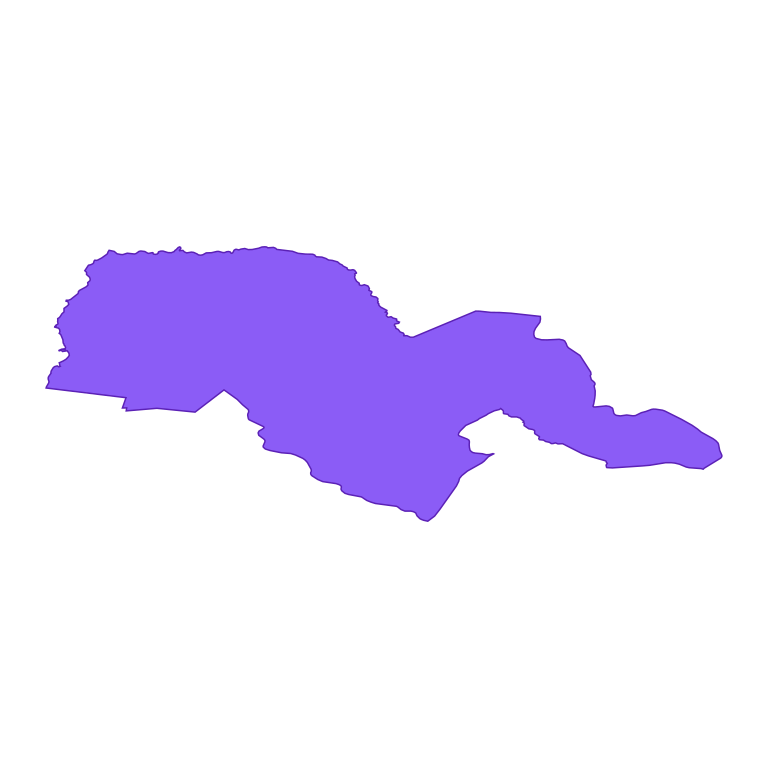 Blönduósbær, Norðurland vestra, Iceland (Natural Earth projection)
{"feature_id": "244011B97005072200428", "entity_name": "Blönduósbær", "entity_type": "district", "adm_level": 2, "iso_a3": "ISL", "parent_name": "Iceland", "parent_adm1": "Norðurland vestra", "projection": "natural_earth1", "projection_center": [-20.065, 65.651], "detail": "fine", "context": "isolated", "style": "filled", "palette": "violet", "viewbox_px": 768, "rotation_deg": 0, "n_neighbors": 0, "source": "geoboundaries", "source_scale": "gbopen_adm2", "svg_char_len": 6037}
<svg xmlns="http://www.w3.org/2000/svg" viewBox="0 0 768 768"><path d="M540.3,316.4L510.9,313.2L499.5,312.5L490.8,312.4L479.8,311.2L475.7,311.1L413.3,337.2L410.4,337.2L407.0,335.7L403.8,335.7L403.7,335.3L404.1,334.4L403.3,333.1L400.2,332.0L398.1,329.4L395.9,328.4L395.5,326.6L394.5,325.7L394.5,324.5L395.1,323.9L398.7,323.3L399.4,322.1L397.0,321.1L396.5,320.2L396.7,319.2L396.3,318.9L393.2,318.1L391.1,316.7L388.1,317.3L386.4,315.8L386.4,314.9L387.4,313.7L387.4,313.2L387.0,312.7L385.4,312.1L387.0,310.8L386.9,310.4L380.7,307.1L379.0,305.4L378.7,304.7L378.9,304.4L378.9,303.9L377.8,302.9L377.7,302.5L378.2,301.8L377.6,300.7L377.9,298.8L377.7,298.4L376.0,297.0L373.1,296.5L371.3,295.7L370.9,295.3L370.8,294.4L371.8,292.7L371.7,291.6L368.9,290.3L369.4,288.6L368.3,286.4L367.8,285.9L364.3,284.7L361.9,285.5L360.3,285.3L359.3,284.7L359.2,283.2L356.6,281.3L354.9,278.3L354.6,276.6L355.1,275.4L354.7,273.9L356.4,273.2L356.4,272.7L354.6,270.3L353.0,269.7L350.4,270.1L348.4,269.9L347.3,269.1L347.1,268.0L343.2,266.1L342.1,264.9L339.9,263.9L337.6,261.9L332.3,260.4L328.5,260.0L326.0,258.5L321.9,257.1L316.5,256.8L315.3,256.0L314.9,255.2L313.5,254.5L312.4,254.2L305.5,254.1L298.0,253.3L292.5,251.3L276.7,249.4L275.7,248.3L273.5,247.4L267.8,247.8L266.7,247.0L264.9,246.8L261.9,247.0L258.7,248.2L252.2,249.5L248.3,249.6L244.8,248.5L240.9,249.1L238.8,249.9L236.3,249.3L235.4,249.4L234.1,250.2L232.8,252.7L231.8,253.3L231.0,253.1L230.3,252.0L228.7,251.5L226.7,251.7L224.8,252.5L223.0,252.6L218.7,251.4L217.1,251.4L211.5,252.7L206.2,252.9L202.7,254.8L200.7,255.2L198.4,254.9L197.2,254.0L193.7,252.4L191.4,252.1L186.7,252.9L184.4,251.9L182.9,250.4L179.6,250.7L179.4,250.2L180.8,248.6L180.6,247.4L179.7,246.9L178.2,247.5L176.2,249.6L175.0,250.4L174.1,251.6L171.3,252.7L168.0,252.6L163.1,251.1L160.8,251.1L158.8,251.7L158.4,252.1L158.1,252.8L158.3,253.1L157.2,254.0L155.6,254.4L153.5,254.1L153.1,253.7L153.0,252.8L152.4,252.6L148.6,253.4L147.6,253.1L144.8,251.5L140.8,251.0L139.0,251.4L136.1,253.5L134.5,254.0L127.2,253.2L122.8,254.6L120.9,254.5L117.1,253.8L114.2,251.4L109.1,250.3L107.9,252.2L107.6,253.4L106.8,254.3L101.6,258.0L97.6,260.1L96.5,260.4L94.8,260.2L94.1,261.0L93.5,263.1L92.7,263.8L90.8,264.7L88.5,265.2L88.1,265.7L84.8,270.7L86.1,271.8L86.6,272.7L86.5,274.5L89.5,277.2L90.1,278.7L90.2,279.6L89.9,280.7L87.7,282.6L88.0,284.9L87.5,285.6L86.0,286.9L79.3,290.5L78.3,291.9L78.3,293.0L78.0,293.6L70.7,299.4L68.6,300.2L66.3,300.2L66.0,301.1L67.9,301.7L68.2,302.2L68.7,304.4L67.5,305.8L64.0,308.4L64.0,311.9L61.9,313.8L60.3,316.4L59.3,317.6L57.7,318.6L57.8,320.8L57.6,321.3L58.0,323.6L57.7,324.2L55.9,325.2L55.7,325.7L56.1,326.0L56.1,326.5L54.8,326.5L54.7,327.1L58.5,328.2L59.6,329.5L59.9,331.7L59.2,333.4L60.4,334.2L60.9,334.9L62.9,339.7L63.2,343.0L63.9,344.0L64.2,345.2L65.0,346.0L65.6,347.6L65.2,348.7L61.6,349.2L59.1,350.3L59.0,350.6L59.7,350.8L62.0,349.7L64.9,349.2L65.9,350.6L62.3,351.3L62.5,351.5L67.2,350.8L68.9,353.1L69.3,355.2L68.5,356.6L66.2,359.1L63.5,360.8L59.2,362.8L59.5,363.5L59.9,366.0L60.2,366.3L58.9,366.8L57.2,365.9L54.6,366.6L53.3,367.6L51.3,370.8L50.9,372.2L51.0,373.2L48.6,376.6L48.2,377.8L48.2,379.1L49.0,381.8L48.6,383.1L46.4,386.9L46.1,388.0L126.0,397.7L122.4,408.0L126.7,407.9L126.2,410.9L156.9,408.3L195.1,412.1L224.0,389.9L237.1,399.3L242.6,404.8L248.0,409.3L248.5,410.1L248.7,411.9L247.8,414.0L247.7,415.3L248.2,418.1L248.5,419.0L249.2,419.8L261.4,425.6L263.6,426.7L264.0,427.3L263.9,427.9L263.0,428.7L259.0,431.1L258.2,432.6L258.2,433.4L258.8,435.3L263.7,438.9L264.7,440.0L265.0,440.8L264.9,441.8L263.1,446.1L263.3,447.2L265.3,449.0L270.0,450.5L281.5,452.8L290.7,453.5L295.5,455.0L302.9,458.4L305.2,460.1L307.4,462.5L310.8,468.7L311.3,469.9L311.2,471.5L310.7,472.6L310.7,473.8L311.0,474.7L312.1,475.9L317.8,479.5L322.7,481.6L336.0,483.6L339.0,484.6L340.5,485.4L341.3,486.4L341.4,487.2L341.1,488.2L341.1,489.5L341.8,490.8L344.9,493.3L348.7,494.5L361.4,496.9L366.7,500.4L370.9,502.1L375.4,503.5L396.5,506.3L397.7,506.9L401.1,509.6L404.9,511.1L410.8,511.1L413.4,511.7L415.7,512.9L417.0,515.8L419.8,518.6L421.3,519.4L423.7,520.3L427.8,521.2L434.6,516.1L439.9,509.3L456.4,486.0L458.7,481.4L459.5,478.4L461.8,475.6L467.5,471.0L481.9,462.9L484.1,461.2L488.5,456.6L493.6,453.9L493.0,453.6L489.2,454.6L486.1,454.7L482.3,453.7L475.3,453.1L472.7,452.5L471.0,451.3L470.0,450.1L469.4,447.3L469.2,444.6L469.4,441.8L469.2,440.8L468.9,440.1L467.1,439.0L459.3,435.9L458.6,435.4L458.4,434.6L458.8,433.0L460.3,430.9L465.8,425.4L477.4,420.1L479.5,418.5L486.1,415.2L488.4,413.6L494.3,410.8L499.7,409.4L500.7,408.5L503.1,410.5L503.4,411.4L503.4,413.2L503.8,413.7L507.9,414.3L508.9,415.8L511.4,416.9L516.6,416.9L520.4,418.2L521.3,419.4L523.7,421.0L523.8,421.6L523.0,422.2L524.2,423.1L524.4,423.7L524.0,424.7L524.1,425.6L528.8,428.8L532.7,429.5L534.3,430.3L534.7,430.8L534.6,433.0L535.0,433.8L539.4,436.6L539.4,437.3L538.8,438.1L538.8,438.8L539.4,439.7L543.5,440.1L545.6,441.5L549.4,442.3L551.3,443.6L552.9,443.6L555.4,442.9L558.0,443.9L562.6,443.7L582.1,453.6L588.5,455.9L605.7,460.9L606.2,461.5L606.4,462.5L607.3,463.3L606.1,465.1L606.5,467.2L606.8,467.6L612.4,467.9L642.5,465.9L649.6,465.3L665.7,462.7L671.2,462.7L674.9,463.1L679.4,464.2L686.1,467.0L689.1,467.7L701.2,468.6L703.2,469.2L704.2,468.2L720.7,458.1L721.6,457.0L721.9,456.1L721.8,455.2L719.7,450.4L718.5,444.2L718.0,443.0L715.8,440.7L712.9,438.6L701.3,432.2L697.6,429.1L692.1,425.3L681.6,419.4L664.8,411.0L662.5,410.2L655.9,409.2L653.4,409.1L651.5,409.4L645.8,411.5L641.3,412.7L635.4,415.6L632.9,415.8L626.7,415.0L620.3,415.9L616.5,415.4L615.2,414.8L613.9,413.5L612.8,408.9L612.4,408.1L609.4,406.4L606.1,405.9L595.0,407.0L593.5,406.8L593.0,406.2L593.7,403.9L594.7,398.6L595.1,395.1L595.2,390.9L594.2,386.4L594.2,385.7L594.9,384.6L595.0,383.7L594.7,382.8L593.7,381.7L591.3,379.7L590.2,375.7L591.0,374.5L590.7,372.1L580.0,355.5L568.3,347.7L567.0,345.9L566.2,343.6L564.7,341.0L562.9,340.0L559.2,339.3L547.1,339.9L541.6,339.8L536.0,338.4L534.5,337.1L533.8,334.4L534.0,331.6L535.5,328.3L539.9,322.2L540.5,319.0L540.3,316.4Z" fill="#8b5cf6" stroke="#5b21b6" stroke-width="1.5"/></svg>